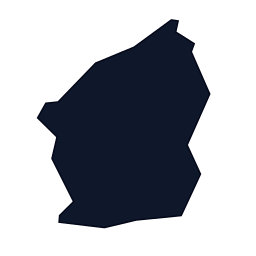 outline of Fangak, Jonglei, South Sudan, rotated 168°
{"feature_id": "79223893B14796875108361", "entity_name": "Fangak", "entity_type": "district", "adm_level": 2, "iso_a3": "SSD", "parent_name": "South Sudan", "parent_adm1": "Jonglei", "projection": "robinson", "projection_center": [30.661, 9.044], "detail": "fine", "context": "isolated", "style": "filled", "palette": "ink", "viewbox_px": 256, "rotation_deg": 168, "n_neighbors": 0, "source": "geoboundaries", "source_scale": "gbopen_adm2", "svg_char_len": 438}
<svg xmlns="http://www.w3.org/2000/svg" viewBox="0 0 256 256"><g transform="rotate(168 128 128)"><path d="M56.7,222.3L63.1,224.7L105.2,205.8L146.2,198.2L191.0,168.0L203.2,169.3L214.3,156.7L199.3,134.0L208.7,113.9L196.5,67.3L213.1,56.6L215.0,50.2L171.7,35.5L139.1,36.3L94.2,31.3L74.0,58.1L66.7,67.9L73.7,99.1L41.0,144.3L43.0,153.8L50.3,189.4L45.7,196.7L61.4,212.0L56.7,222.3Z" fill="#0f172a" stroke="#020617" stroke-width="1.5"/></g></svg>